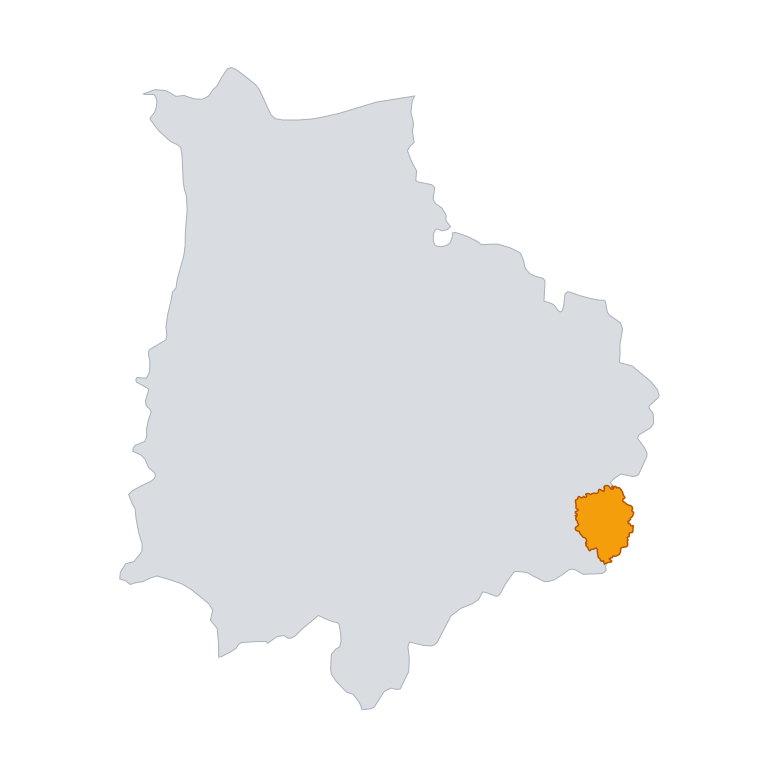 Haradok, Vitebsk, Belarus shown in context, rotated 87°
{"feature_id": "67162791B30546828632542", "entity_name": "Haradok", "entity_type": "district", "adm_level": 2, "iso_a3": "BLR", "parent_name": "Belarus", "parent_adm1": "Vitebsk", "projection": "orthographic", "projection_center": [30.062, 55.617], "detail": "fine", "context": "in_parent", "style": "filled", "palette": "amber", "viewbox_px": 768, "rotation_deg": 87, "n_neighbors": 0, "source": "geoboundaries", "source_scale": "gbopen_adm2", "svg_char_len": 9242}
<svg xmlns="http://www.w3.org/2000/svg" viewBox="0 0 768 768"><g transform="rotate(87 384 384)"><path d="M648.1,563.3L635.0,562.8L619.4,563.4L610.7,569.7L601.1,566.9L594.3,570.4L578.9,587.5L572.9,596.6L567.3,610.7L563.8,621.0L565.8,628.3L568.7,635.0L569.4,642.2L570.9,647.9L567.1,652.1L564.8,658.1L558.2,657.1L550.0,651.4L548.3,643.1L542.0,637.4L537.9,634.4L531.1,633.9L520.3,636.6L506.1,638.6L495.4,639.1L489.6,642.0L481.0,644.8L477.7,641.3L473.0,631.9L469.2,622.5L466.5,618.4L464.2,617.2L461.3,617.4L458.0,620.3L455.5,623.3L446.5,626.7L442.5,630.0L438.0,638.5L435.2,637.8L432.2,635.8L429.0,626.1L424.4,623.8L416.9,623.5L407.7,621.2L400.3,618.1L397.5,618.7L393.0,622.7L388.1,623.1L377.6,619.2L375.5,620.8L369.1,631.2L366.2,631.6L364.6,630.2L365.8,621.0L359.8,617.5L349.4,616.6L342.1,617.7L338.5,617.2L336.8,615.3L328.5,599.5L323.8,598.3L315.4,598.7L303.1,596.3L288.9,592.1L281.1,590.4L277.2,586.7L268.5,585.0L245.3,577.2L235.7,575.4L221.6,574.4L200.1,571.5L186.2,571.4L179.7,573.1L172.2,573.9L146.5,573.7L137.2,574.6L134.3,577.7L130.7,584.5L119.1,595.9L108.2,603.2L106.3,603.7L100.6,598.8L95.7,596.9L89.9,595.9L85.6,596.9L82.8,598.7L82.3,608.2L81.6,609.0L78.1,597.3L79.4,587.2L82.4,581.6L85.9,576.7L85.4,568.7L89.3,558.6L90.1,551.1L89.0,547.7L86.9,543.8L80.7,539.0L78.1,535.5L69.5,530.3L61.2,524.0L60.0,520.6L60.6,518.3L62.5,515.0L70.2,505.6L78.4,496.6L83.4,493.1L109.2,482.8L113.4,478.7L115.0,471.4L115.9,456.3L115.6,442.5L114.5,432.9L111.4,414.8L102.1,377.0L98.0,338.3L102.7,341.0L114.1,342.9L123.4,341.1L128.2,341.2L132.3,342.4L144.5,341.3L147.2,345.0L152.3,348.4L163.2,344.9L172.9,340.3L182.5,341.6L184.1,339.1L187.5,325.8L190.6,323.1L202.0,325.3L206.5,323.2L211.4,316.9L218.5,313.2L224.2,313.6L230.4,309.3L233.1,312.6L234.1,318.3L231.9,322.6L232.6,324.4L236.6,326.9L243.6,327.3L248.2,325.7L249.4,323.2L249.7,318.6L248.9,314.2L246.1,310.3L240.6,308.1L236.8,307.7L236.3,305.3L237.9,300.4L241.9,291.3L246.7,283.1L249.4,280.1L250.1,277.2L249.9,272.0L250.3,262.9L254.9,250.2L260.5,240.9L267.5,238.2L275.8,237.0L281.4,232.7L284.2,227.6L286.9,219.4L289.7,217.8L309.4,219.9L312.8,211.8L314.6,209.6L318.5,207.3L321.3,204.5L320.4,202.2L315.5,200.5L303.7,198.6L301.4,195.7L302.4,192.4L305.9,184.1L309.5,173.2L311.5,164.8L311.9,159.8L313.6,158.5L323.3,157.3L326.6,155.8L335.3,144.6L341.7,142.9L357.7,146.5L365.1,146.6L374.5,147.7L375.3,146.6L379.0,135.2L395.6,117.3L404.2,111.2L409.6,109.9L411.5,110.3L419.8,120.3L421.8,120.7L427.5,116.8L437.3,116.7L441.8,120.1L448.1,132.2L451.5,133.7L461.2,127.2L466.5,125.1L470.0,125.2L487.9,134.6L489.2,137.6L489.3,141.1L486.3,151.9L490.0,158.6L494.4,163.2L503.8,155.8L507.2,153.7L511.0,153.7L516.0,150.9L519.6,146.8L523.1,145.3L529.8,146.3L541.8,145.3L555.8,151.8L557.1,153.8L564.1,161.4L566.6,165.2L569.0,166.4L572.7,170.1L577.8,172.4L581.3,171.7L582.9,172.9L584.5,175.8L584.7,180.8L584.4,195.2L579.4,202.8L578.7,205.4L579.0,208.6L583.1,214.7L588.5,224.3L589.7,229.8L589.8,234.0L582.8,246.4L580.5,249.3L578.9,255.4L578.1,261.5L578.6,264.1L590.7,273.7L599.7,278.9L601.7,281.5L601.9,283.1L597.3,293.7L596.9,296.5L604.2,300.8L608.2,307.6L611.9,318.7L619.0,329.3L644.8,344.4L647.1,347.2L648.0,350.5L647.3,357.9L643.0,372.0L647.4,373.9L658.8,373.1L672.6,374.4L689.4,383.8L689.6,388.2L688.1,392.3L689.3,396.5L691.3,400.1L706.1,410.6L707.6,413.8L708.0,419.1L707.8,423.1L703.8,424.1L699.4,426.1L692.3,431.0L689.6,437.8L678.2,447.4L671.0,451.8L665.2,452.2L651.3,450.7L646.3,446.2L644.2,442.1L638.8,440.4L631.8,440.3L622.0,441.3L620.1,442.6L618.6,447.7L614.6,456.5L611.7,461.5L624.4,478.6L630.8,485.6L632.9,490.0L632.9,493.1L630.0,496.8L630.6,504.1L636.9,513.7L634.9,515.3L634.5,527.2L634.8,539.9L636.5,543.0L639.9,545.4L642.8,550.0L647.7,560.5L648.1,563.3Z" fill="#d9dde1" stroke="#a8b0b8" stroke-width="1"/><path d="M575.3,173.3L575.0,172.8L574.6,171.6L574.4,170.5L573.9,169.7L573.9,168.5L573.7,167.2L573.5,166.2L572.5,165.9L571.7,166.7L571.1,167.6L570.4,168.2L569.8,167.2L569.4,166.3L569.4,165.2L568.8,164.7L568.0,164.6L567.8,163.9L568.1,162.9L568.0,161.5L567.6,160.3L567.2,159.4L566.4,158.0L565.7,157.4L564.2,156.7L562.8,156.3L561.7,156.5L560.5,156.1L559.9,155.2L559.5,154.2L559.5,152.8L559.4,151.6L559.1,150.5L558.7,149.7L557.6,149.1L556.3,149.0L555.4,149.0L554.3,149.4L553.5,149.3L552.9,148.5L552.3,148.5L551.5,148.8L550.5,149.0L549.8,149.0L549.5,148.4L549.2,147.3L548.4,147.0L547.8,147.1L546.7,147.1L546.0,146.9L545.4,146.3L545.5,145.0L545.2,143.8L543.9,143.1L542.2,143.0L541.4,143.0L539.9,142.6L538.5,142.6L538.5,143.7L538.4,144.9L537.3,145.2L536.6,145.8L536.4,147.0L535.0,147.6L534.0,147.6L533.4,146.6L532.3,145.0L531.1,145.1L529.9,143.5L528.9,142.7L527.1,141.9L525.5,141.4L524.5,142.1L523.6,143.1L522.8,143.0L521.8,142.3L520.3,142.4L519.0,143.2L518.3,144.2L518.0,145.2L517.5,146.7L516.6,148.0L515.9,148.9L514.9,149.5L514.4,150.9L513.5,151.5L512.2,151.6L511.3,151.4L511.1,150.5L510.3,149.4L508.9,149.9L507.7,150.7L506.2,151.1L504.5,151.4L502.9,152.3L501.8,152.9L500.1,154.3L499.7,155.5L499.8,157.2L498.8,157.6L498.2,158.5L498.7,158.9L499.0,159.6L499.0,159.9L498.9,160.2L498.4,160.6L498.0,161.2L498.3,161.7L498.8,161.8L499.3,161.6L499.5,161.4L499.7,161.0L499.9,160.6L500.2,160.3L500.5,160.3L500.7,160.5L500.8,161.1L500.9,161.5L500.9,161.9L500.9,162.2L500.7,162.6L500.4,163.0L499.9,163.4L499.2,163.8L498.4,164.3L498.1,164.7L497.6,165.2L497.4,165.5L497.2,166.0L497.1,166.6L497.1,167.3L497.1,168.3L497.3,168.8L497.7,169.2L498.1,169.5L498.6,169.8L498.9,169.8L499.2,169.7L499.3,169.4L499.7,169.1L500.1,169.2L500.3,169.3L500.6,169.6L501.0,169.8L501.4,169.8L501.7,169.5L501.9,169.5L502.3,169.7L502.5,170.1L502.6,170.5L502.6,170.8L502.4,171.2L502.2,171.5L501.8,172.0L501.5,172.4L501.2,173.1L501.0,173.3L500.7,173.5L500.6,173.8L500.6,174.0L500.5,174.3L500.7,174.7L501.0,175.2L501.4,175.3L502.0,175.5L502.8,175.5L503.1,175.6L503.6,175.9L503.8,176.1L504.1,176.4L504.3,176.9L504.4,177.4L504.4,177.8L504.4,178.1L504.3,178.5L504.2,178.8L504.0,179.5L504.0,179.8L504.0,180.3L504.1,180.8L504.2,181.2L504.3,181.5L504.5,181.9L504.6,182.3L504.8,182.7L505.0,183.0L505.2,183.5L505.1,184.0L504.7,184.3L504.5,184.7L504.3,185.1L504.1,185.7L504.1,186.3L504.2,186.8L504.2,187.3L504.3,187.6L504.4,188.0L504.6,188.3L504.8,188.3L505.1,188.3L505.4,188.0L505.7,187.8L505.9,187.6L506.4,187.5L506.8,187.5L507.3,187.8L507.6,188.1L507.7,188.6L507.7,189.1L507.6,189.4L507.3,189.7L506.9,190.0L506.8,190.3L506.8,190.6L507.1,190.9L507.3,191.1L507.5,191.3L507.9,191.7L507.9,192.0L508.0,192.5L507.9,192.8L507.6,193.5L507.4,193.7L507.2,194.1L507.0,194.4L506.8,194.7L506.6,195.2L506.6,195.5L507.0,196.0L507.4,196.1L507.8,196.2L508.7,196.6L509.0,196.9L509.1,197.1L509.3,197.5L509.5,197.9L509.6,198.2L509.8,198.5L510.1,198.8L510.4,198.9L510.9,198.9L511.4,198.9L511.8,198.9L512.2,198.8L512.6,198.8L513.0,198.7L513.3,198.6L513.8,198.6L514.6,198.5L515.2,198.5L515.6,198.6L516.0,198.7L516.4,198.7L516.8,198.8L517.2,198.8L517.6,198.8L518.2,198.6L518.4,198.4L518.9,197.8L519.1,197.5L519.2,197.1L519.6,196.8L519.8,196.8L520.1,196.9L520.5,197.1L520.7,197.6L520.9,197.9L521.0,198.3L521.1,198.7L521.3,199.0L521.6,199.4L521.9,199.7L522.3,199.7L522.7,199.6L522.9,199.3L523.2,199.0L523.5,198.7L523.9,198.4L524.1,198.2L524.5,198.0L525.0,198.0L525.4,198.0L525.6,198.2L525.4,198.7L525.2,199.3L525.1,199.6L525.3,199.9L525.5,199.9L525.8,199.7L526.1,199.2L526.4,198.9L526.7,198.8L527.0,198.9L527.2,199.1L527.4,199.3L527.7,199.4L528.0,199.5L528.5,199.5L528.9,199.5L529.4,199.4L529.9,199.2L530.2,198.9L530.6,198.6L530.8,198.4L531.2,198.2L531.7,198.1L532.1,198.1L532.4,198.0L532.6,197.9L533.1,197.8L533.3,197.6L533.6,197.4L534.0,197.2L534.3,197.1L534.9,197.2L535.2,197.4L535.5,197.8L535.7,198.1L536.0,198.4L536.4,198.8L536.6,199.2L536.9,199.7L537.2,200.1L537.4,200.3L537.8,200.5L538.3,200.5L538.6,200.5L539.2,200.4L539.5,200.3L539.9,200.1L540.2,199.8L540.5,199.5L540.6,199.1L540.7,198.8L540.9,198.3L541.1,198.1L541.3,197.8L541.4,197.5L541.3,197.3L541.4,196.9L541.6,196.7L541.8,196.6L542.3,196.4L542.9,196.4L543.4,196.2L544.0,195.9L544.7,195.2L545.6,194.6L546.5,193.9L547.1,193.5L547.5,193.1L547.7,192.7L547.8,192.3L547.9,192.0L548.0,191.5L548.2,191.2L548.6,190.9L548.9,190.7L549.3,190.4L549.6,190.2L550.1,190.0L550.5,189.8L551.0,189.8L551.5,189.9L551.7,190.1L552.0,190.3L552.3,190.4L552.7,190.8L552.8,190.9L553.0,191.0L553.4,191.0L553.6,190.8L553.6,190.7L553.8,190.4L553.9,190.1L554.1,190.0L554.4,190.0L554.6,190.2L554.8,190.4L554.9,190.6L555.2,190.8L555.8,190.8L556.2,190.6L556.5,190.4L556.8,190.1L557.0,189.9L557.5,189.4L557.9,189.1L558.5,188.9L558.9,188.7L559.4,188.6L559.7,188.5L560.3,188.3L560.6,188.0L561.0,187.7L561.3,187.2L561.2,186.9L560.8,186.6L560.5,186.3L560.1,186.0L560.0,185.5L559.9,184.8L559.9,184.1L559.9,183.7L559.8,183.2L559.7,182.8L559.5,182.3L559.3,182.0L559.0,181.6L558.9,181.3L558.9,180.9L559.0,180.4L559.4,180.1L559.8,179.9L560.3,179.6L560.8,179.6L561.3,179.6L561.9,179.8L562.4,179.8L562.8,179.8L563.5,179.5L564.0,179.5L564.5,179.6L565.0,179.6L565.4,179.5L566.2,179.3L566.8,179.3L567.6,179.4L568.0,179.2L568.6,178.8L569.0,178.4L569.4,177.9L569.9,177.5L570.6,177.3L571.1,177.2L571.7,177.0L571.6,176.6L571.7,176.4L571.9,176.3L572.1,176.1L572.4,175.8L572.5,175.6L572.5,175.3L572.4,175.0L572.1,174.7L572.0,174.3L572.1,174.1L572.4,174.0L572.9,173.9L573.4,173.9L574.1,173.7L574.4,173.5L575.3,173.3Z" fill="#f59e0b" stroke="#b45309" stroke-width="1.5"/></g></svg>